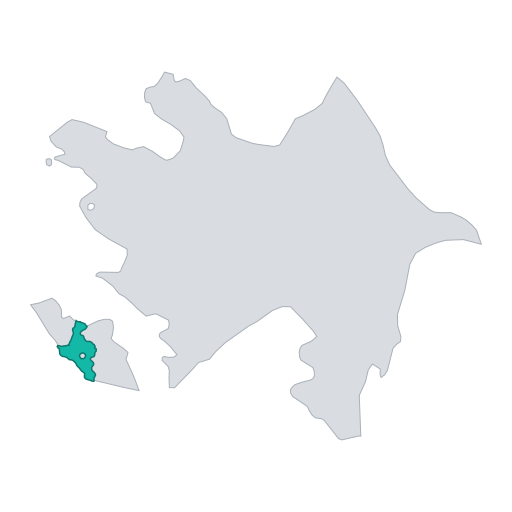 Babek District, Babək, Azerbaijan shown in context
{"feature_id": "54616110B53070579367508", "entity_name": "Babek District", "entity_type": "district", "adm_level": 2, "iso_a3": "AZE", "parent_name": "Azerbaijan", "parent_adm1": "Babək", "projection": "mercator", "projection_center": [45.413, 39.259], "detail": "fine", "context": "in_parent", "style": "filled", "palette": "teal", "viewbox_px": 512, "rotation_deg": 0, "n_neighbors": 0, "source": "geoboundaries", "source_scale": "gbopen_adm2", "svg_char_len": 5275}
<svg xmlns="http://www.w3.org/2000/svg" viewBox="0 0 512 512"><path d="M360.8,436.2L358.5,436.0L342.0,439.9L338.6,438.7L324.4,420.6L321.5,418.7L315.4,417.8L311.9,414.9L309.0,410.0L307.3,406.4L292.7,396.6L290.6,393.0L290.3,389.9L292.4,387.0L294.9,384.6L302.0,382.2L310.3,380.1L313.0,378.6L314.4,376.0L314.3,371.8L312.9,367.6L300.9,360.1L299.6,356.9L299.2,352.9L299.9,348.7L301.8,345.5L311.5,341.1L316.8,336.5L313.5,331.3L303.0,319.6L290.5,306.7L282.2,306.6L272.6,310.4L257.2,321.4L248.7,326.1L237.6,333.9L225.5,342.5L215.6,351.7L209.5,359.2L198.5,362.5L192.9,368.9L174.5,387.8L169.4,387.6L169.0,378.2L169.3,370.7L168.1,366.4L162.2,360.5L162.1,358.0L163.7,356.4L168.3,357.4L174.1,357.0L176.9,354.7L170.6,346.9L165.1,341.7L160.3,338.2L159.3,336.1L159.3,334.6L160.3,332.8L168.3,328.5L169.2,324.6L168.6,320.2L155.8,313.7L146.1,316.1L137.5,308.8L131.9,303.1L125.0,297.0L118.9,293.7L112.9,286.1L102.6,278.2L96.0,276.0L96.1,274.8L97.3,273.3L100.1,272.1L118.4,272.4L120.7,271.0L121.8,267.6L124.3,262.6L127.3,255.2L127.0,249.0L108.6,238.9L95.2,229.7L85.9,217.4L79.7,206.2L79.9,202.5L81.7,198.9L96.0,188.6L97.0,185.9L96.7,184.1L91.6,178.8L85.1,173.3L83.1,169.3L79.1,167.2L71.4,167.1L57.9,160.3L55.0,159.7L54.4,158.3L55.1,157.0L64.7,154.3L64.6,152.0L61.6,149.0L56.2,146.9L51.2,141.5L49.5,136.6L66.9,122.5L72.0,119.6L83.4,122.2L107.0,131.6L105.4,136.9L107.8,139.8L113.2,143.8L123.6,147.8L132.4,149.9L136.8,148.1L143.6,146.6L152.4,151.3L160.5,157.1L164.6,159.5L166.7,160.3L172.9,158.3L180.3,150.7L183.2,141.5L184.0,137.1L179.7,131.0L170.8,124.4L160.8,118.5L154.5,113.4L150.4,103.2L146.2,102.1L145.2,100.8L144.5,97.3L144.7,92.5L146.1,88.7L150.1,87.1L154.2,86.5L157.9,83.0L162.5,75.9L164.5,72.1L173.1,74.3L174.3,80.6L175.8,81.9L179.4,81.2L185.4,78.5L190.2,80.5L196.3,88.0L204.8,95.9L209.4,101.2L211.2,104.8L215.5,108.3L221.8,112.5L226.9,119.0L231.4,134.1L235.9,137.6L252.3,143.3L258.0,144.4L274.0,146.5L279.7,145.0L287.9,132.0L295.4,118.7L302.3,115.9L314.8,109.4L322.3,103.3L325.5,96.6L332.6,84.1L337.0,77.1L344.3,83.3L357.2,100.3L375.4,127.7L379.9,135.5L382.9,144.5L385.4,155.4L389.6,164.9L408.1,189.1L416.1,197.9L429.2,209.4L433.8,212.0L439.9,212.7L451.1,212.7L461.4,217.2L466.5,220.4L471.8,224.9L476.5,230.2L481.3,244.2L463.4,239.6L445.3,240.3L435.1,243.3L425.2,247.4L415.7,253.2L409.8,264.4L404.8,290.4L397.4,314.6L397.7,325.8L400.9,336.5L400.5,341.6L397.2,343.8L393.0,348.3L387.4,370.4L384.6,374.8L381.1,377.5L380.1,374.9L380.3,369.1L372.4,364.0L368.3,369.8L365.4,381.9L359.6,394.6L359.3,397.0L360.8,436.2ZM93.8,208.6L94.6,205.1L92.4,203.5L90.0,203.4L87.9,205.2L87.9,209.5L90.8,210.3L93.8,208.6ZM34.7,310.2L31.9,306.7L30.7,304.7L38.7,303.1L51.9,298.2L55.5,300.6L59.4,305.4L61.3,309.6L61.7,317.3L63.3,318.6L69.7,316.0L72.6,319.1L77.5,322.8L86.1,326.5L98.5,320.7L104.7,319.3L109.8,319.4L112.5,321.2L113.5,327.2L112.5,334.6L111.1,338.6L113.7,341.6L123.8,348.7L128.0,352.6L126.0,359.4L133.6,376.1L136.1,382.6L139.1,390.6L123.6,387.4L95.7,380.7L88.0,377.3L80.7,368.0L76.4,363.5L70.0,357.7L64.7,355.6L60.7,351.5L58.5,345.6L55.1,340.2L49.4,333.9L36.3,312.5L34.7,310.2ZM51.3,164.8L49.5,166.1L46.9,164.8L46.1,162.1L46.3,159.3L48.9,158.6L51.1,159.4L51.7,162.0L51.3,164.8Z" fill="#d9dde1" stroke="#a8b0b8" stroke-width="1"/><path d="M96.3,349.0L96.2,349.0L95.4,348.7L94.8,348.3L94.7,347.7L95.0,347.2L95.2,346.3L94.5,345.6L94.2,344.6L92.7,343.7L92.0,342.6L90.8,341.9L89.7,341.4L88.4,341.4L87.3,341.5L86.1,341.0L85.4,340.2L84.7,339.4L84.4,338.5L83.9,337.7L83.8,336.9L83.5,336.1L82.7,335.5L81.8,335.3L81.0,335.0L80.2,333.8L80.3,333.0L81.1,331.6L82.0,330.9L82.9,330.2L83.9,329.7L85.0,329.4L85.7,328.6L86.3,327.9L86.9,326.8L87.1,326.6L86.7,326.0L85.9,325.5L85.1,324.0L84.0,323.4L82.7,322.9L81.1,322.5L80.5,321.8L78.5,321.7L77.1,321.4L76.1,320.6L75.8,321.8L75.4,323.2L75.0,325.4L74.9,326.3L74.2,327.6L72.9,328.3L72.6,329.8L73.1,332.0L73.5,333.5L73.0,334.8L72.4,336.1L71.8,337.7L71.2,339.3L70.7,340.9L69.9,341.7L69.5,343.0L69.1,343.9L68.2,345.1L68.4,345.2L67.2,345.4L65.1,345.9L63.4,346.0L62.2,346.4L61.1,346.3L59.3,345.8L57.7,345.6L57.3,346.2L57.2,346.5L58.0,347.9L59.3,348.9L59.4,350.0L59.6,351.9L59.8,353.6L60.0,354.3L60.8,355.3L62.0,356.1L62.4,356.4L64.3,356.6L66.2,357.2L67.5,358.0L68.6,359.1L69.5,359.7L71.2,359.8L73.0,360.5L74.2,361.5L75.0,362.3L76.1,363.7L76.7,365.3L77.7,366.5L79.4,368.1L79.8,368.7L80.9,370.2L81.8,371.3L83.2,372.1L83.8,372.6L84.6,373.5L84.6,374.5L84.4,375.5L84.4,376.6L84.6,377.6L85.4,378.5L86.1,379.1L87.2,379.5L88.2,379.7L89.2,380.0L90.2,380.3L91.1,380.6L91.9,381.1L93.4,381.3L94.1,381.0L94.0,380.3L94.0,379.4L93.9,378.6L94.0,378.0L94.5,377.3L94.7,376.7L94.9,376.2L95.3,375.7L95.4,375.2L95.5,374.7L95.2,373.8L94.5,372.9L93.8,372.0L93.1,371.6L92.5,370.7L91.7,369.9L91.7,368.8L91.7,367.6L92.0,366.8L92.5,366.2L92.7,365.9L93.1,365.5L93.4,364.9L93.7,364.1L93.6,363.2L92.8,362.0L92.5,361.6L91.8,361.1L91.6,360.9L90.6,359.8L90.3,358.6L90.8,357.9L91.8,357.2L92.4,357.0L93.4,356.8L94.1,356.4L94.6,355.4L94.8,354.3L94.8,353.3L95.0,352.3L95.8,351.6L96.2,351.0L96.2,350.0L96.3,349.0ZM82.9,353.1L83.2,353.1L83.8,353.3L84.9,353.9L85.2,354.3L85.5,355.1L85.5,356.2L85.2,357.0L84.7,357.7L84.2,358.3L83.2,358.7L81.1,358.6L80.8,358.1L80.0,357.3L79.6,356.0L79.6,355.1L79.9,354.5L80.3,354.1L80.8,353.7L81.6,353.1L82.4,352.9L82.9,353.1Z" fill="#14b8a6" stroke="#0f766e" stroke-width="1.5"/></svg>